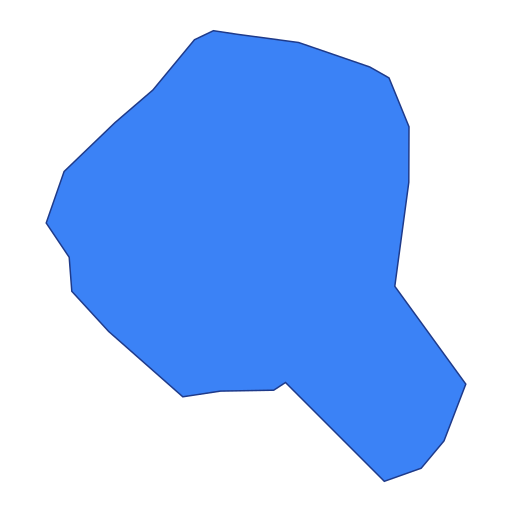 the district of Banks, Georgia, United States of America
{"feature_id": "52423323B95663271453057", "entity_name": "Banks", "entity_type": "district", "adm_level": 2, "iso_a3": "USA", "parent_name": "United States of America", "parent_adm1": "Georgia", "projection": "albers", "projection_center": [-83.504, 34.345], "detail": "fine", "context": "isolated", "style": "filled", "palette": "blue", "viewbox_px": 512, "rotation_deg": 0, "n_neighbors": 0, "source": "geoboundaries", "source_scale": "gbopen_adm2", "svg_char_len": 432}
<svg xmlns="http://www.w3.org/2000/svg" viewBox="0 0 512 512"><path d="M115.1,122.5L64.1,171.5L46.2,223.0L69.2,257.3L71.8,291.3L108.7,331.5L182.8,396.8L220.4,391.1L273.7,390.2L285.5,382.5L384.3,481.3L421.2,468.2L444.0,440.9L465.8,384.1L394.8,286.3L408.8,182.3L409.0,126.8L389.0,77.9L369.8,67.0L311.4,46.9L298.6,42.5L237.4,34.3L213.4,30.7L194.5,39.7L152.9,90.0L115.1,122.5Z" fill="#3b82f6" stroke="#1e3a8a" stroke-width="1.5"/></svg>